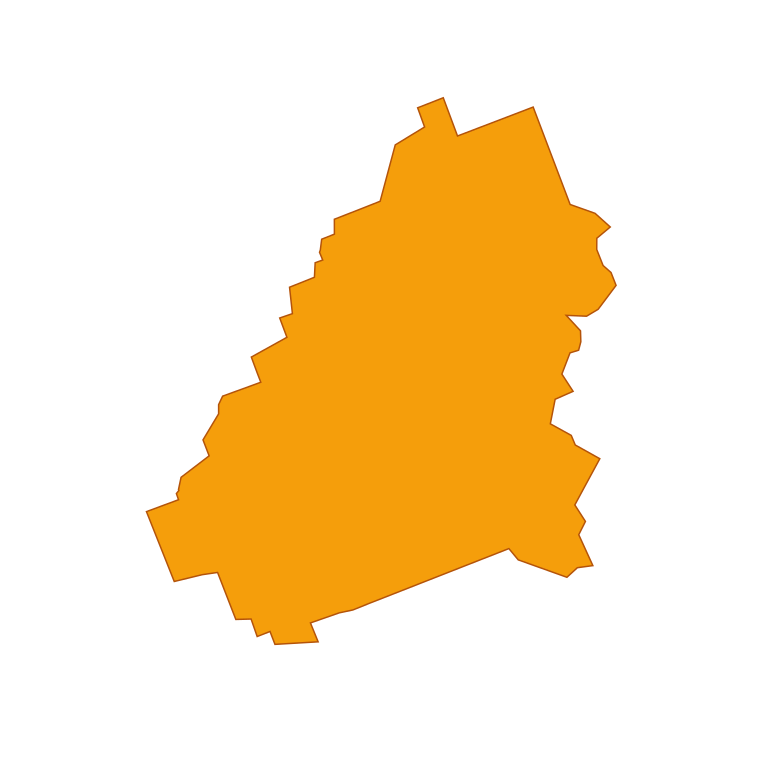 Shelby, Alabama, United States of America, rotated 339°
{"feature_id": "52423323B89355331485408", "entity_name": "Shelby", "entity_type": "district", "adm_level": 2, "iso_a3": "USA", "parent_name": "United States of America", "parent_adm1": "Alabama", "projection": "mercator", "projection_center": [-86.665, 33.283], "detail": "fine", "context": "isolated", "style": "filled", "palette": "amber", "viewbox_px": 768, "rotation_deg": 339, "n_neighbors": 0, "source": "geoboundaries", "source_scale": "gbopen_adm2", "svg_char_len": 1143}
<svg xmlns="http://www.w3.org/2000/svg" viewBox="0 0 768 768"><g transform="rotate(339 384 384)"><path d="M514.4,138.2L514.0,158.6L480.2,164.8L445.9,212.0L428.6,212.2L396.7,212.4L391.4,226.3L377.7,226.5L372.5,236.2L371.0,237.9L371.2,246.3L363.2,246.1L357.3,259.4L330.5,259.8L323.7,285.5L310.3,285.0L310.1,305.6L269.8,311.3L269.6,327.9L269.6,338.2L262.7,338.1L229.0,337.5L222.2,344.0L218.9,352.6L195.0,371.3L195.0,388.4L161.1,398.4L154.3,408.9L154.3,409.9L150.9,411.9L150.7,418.4L116.5,418.0L117.4,493.2L146.1,496.9L161.1,500.3L161.3,550.7L175.7,555.8L175.1,574.3L188.9,574.2L188.9,588.0L230.1,601.1L229.7,580.7L260.1,581.6L274.0,583.8L291.6,583.5L348.0,583.1L441.6,582.4L446.3,596.3L485.5,630.0L498.7,624.8L513.9,628.4L511.8,594.5L522.8,584.5L518.8,565.3L534.5,551.8L558.7,531.1L540.7,509.5L540.4,499.1L525.0,480.8L538.3,459.6L557.9,458.6L553.6,438.5L568.8,421.6L577.8,422.2L582.9,415.1L586.5,404.8L578.7,385.2L597.4,393.3L610.7,391.0L636.0,375.1L635.9,361.3L631.0,351.9L630.8,334.7L634.9,324.2L651.5,318.5L642.2,300.3L622.1,283.1L622.5,178.9L541.5,178.8L541.9,138.0L514.4,138.2Z" fill="#f59e0b" stroke="#b45309" stroke-width="1.5"/></g></svg>